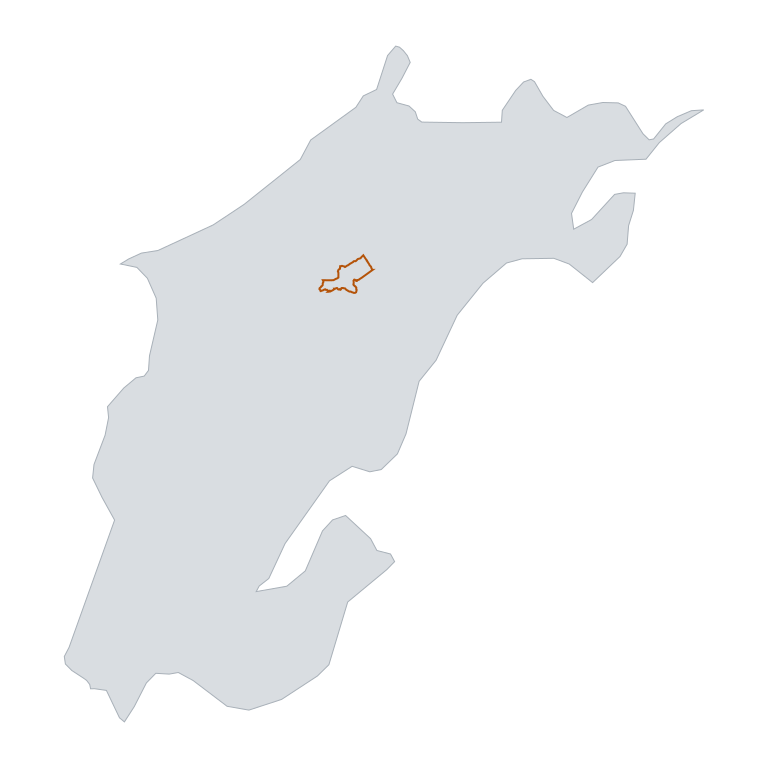 Jimenez, Cartago, Costa Rica (highlighted), rotated 270°
{"feature_id": "36466004B31180817365439", "entity_name": "Jimenez", "entity_type": "district", "adm_level": 2, "iso_a3": "CRI", "parent_name": "Costa Rica", "parent_adm1": "Cartago", "projection": "mercator", "projection_center": [-83.723, 9.819], "detail": "fine", "context": "in_parent", "style": "outline", "palette": "amber", "viewbox_px": 768, "rotation_deg": 270, "n_neighbors": 0, "source": "geoboundaries", "source_scale": "gbopen_adm2", "svg_char_len": 6556}
<svg xmlns="http://www.w3.org/2000/svg" viewBox="0 0 768 768"><g transform="rotate(270 384 384)"><path d="M721.9,395.7L720.8,399.5L717.3,403.4L712.3,407.4L705.6,410.2L689.6,401.9L673.9,392.6L665.3,396.9L662.0,409.0L656.2,415.3L648.9,417.7L645.9,421.8L645.3,462.8L645.8,501.5L657.7,502.3L677.6,515.7L686.0,523.6L688.7,530.9L686.3,534.5L671.7,542.9L657.6,553.6L650.5,566.9L662.9,588.3L665.5,602.9L665.1,618.2L661.7,625.5L634.2,643.0L628.2,649.1L629.0,653.6L644.1,665.7L651.3,677.3L657.3,691.4L658.1,703.7L644.4,681.0L625.4,659.3L608.8,646.0L607.5,614.9L600.9,598.0L576.0,582.4L554.6,571.5L538.8,573.7L548.5,591.6L573.6,614.6L575.2,623.4L574.8,635.2L557.6,633.4L542.4,628.6L523.8,627.1L511.5,620.0L485.4,592.6L504.0,569.2L509.7,553.8L509.2,522.0L505.0,506.5L484.8,483.0L452.8,457.2L407.8,436.1L386.7,419.1L334.1,406.0L314.1,397.4L298.5,381.3L296.2,369.8L301.7,352.1L287.2,329.5L224.5,285.1L189.5,268.8L182.0,259.2L176.4,256.2L181.8,286.8L197.1,305.3L237.1,322.5L248.1,332.6L252.5,345.6L229.3,370.6L217.5,376.9L214.0,390.5L206.4,394.6L198.4,386.8L166.0,347.7L103.3,328.9L92.0,317.4L68.6,281.6L57.9,248.9L61.7,227.1L87.5,193.1L95.5,178.3L93.9,169.2L94.7,155.8L85.1,146.4L61.3,134.2L46.1,124.4L50.2,119.5L77.6,106.4L79.3,94.5L79.2,90.6L83.6,89.7L87.6,86.6L90.0,83.3L97.5,71.8L104.0,65.4L111.5,64.3L120.7,69.1L155.1,81.4L193.4,95.1L247.9,114.6L270.5,102.1L290.0,92.6L303.5,94.0L332.8,105.1L350.4,108.6L361.3,107.5L380.0,123.8L390.2,136.0L391.9,144.2L397.6,148.5L412.2,149.5L448.0,157.8L469.8,156.2L489.7,147.4L500.6,136.9L504.0,120.4L509.0,128.6L514.9,141.4L517.5,157.9L543.1,213.2L563.6,244.1L608.5,300.3L628.0,310.7L660.7,355.9L672.1,363.3L678.5,376.6L712.5,387.6L721.9,395.7Z" fill="#d9dde1" stroke="#a8b0b8" stroke-width="1"/><path d="M480.0,319.7L479.0,319.4L478.9,319.5L478.7,319.6L478.4,319.8L478.0,320.2L477.8,320.3L477.7,320.3L477.2,320.5L476.9,320.6L476.9,320.9L477.0,321.0L477.4,321.8L477.4,322.2L477.6,322.8L477.8,323.3L478.0,323.5L478.2,323.8L478.3,324.0L478.4,324.3L478.5,324.4L478.6,324.9L478.7,325.2L478.6,325.3L478.3,325.4L478.3,325.5L478.2,325.6L478.1,326.1L478.2,326.9L478.1,327.0L477.9,327.3L477.7,327.5L477.4,327.7L477.1,328.2L477.1,328.3L477.2,328.6L477.2,329.1L477.3,329.4L477.3,329.6L477.1,329.6L477.0,329.4L476.8,329.1L476.7,328.8L476.4,328.0L476.2,327.8L476.2,328.2L476.3,328.7L476.3,328.9L476.5,329.5L476.5,330.2L476.6,330.5L476.9,330.9L476.9,331.0L477.0,331.2L477.2,331.6L477.4,332.0L477.6,332.4L477.7,332.6L477.8,332.8L477.9,333.0L478.1,333.2L478.2,333.4L478.6,333.7L478.7,333.9L478.7,334.1L478.8,334.2L478.8,334.3L478.9,334.5L479.0,334.5L479.1,334.4L479.3,334.3L479.3,334.8L479.3,335.1L479.4,335.4L479.6,335.7L479.6,335.9L479.7,336.0L479.8,336.2L479.8,336.4L479.9,336.5L480.0,337.0L479.9,337.2L479.4,337.6L478.9,337.9L478.7,338.0L478.6,338.3L478.5,338.6L478.5,338.8L478.5,339.0L478.7,339.5L478.9,339.7L478.8,340.0L478.3,340.1L478.2,340.3L478.2,340.5L478.3,340.6L478.7,340.9L479.0,341.0L479.4,341.2L479.4,341.3L479.7,341.4L479.8,341.4L479.9,341.5L480.0,341.7L480.0,342.2L480.0,342.6L480.0,343.0L479.9,343.1L479.8,343.3L479.8,343.6L479.7,344.1L479.7,344.7L479.7,344.8L479.5,345.0L479.4,345.3L479.2,345.4L479.1,345.5L478.9,345.6L478.7,345.8L478.5,346.0L478.3,346.2L478.2,346.3L477.9,346.6L477.8,347.1L477.7,347.3L477.6,347.6L477.4,347.8L477.1,348.1L476.9,348.3L476.6,349.2L476.4,349.4L476.4,349.9L476.4,350.0L476.5,350.3L476.5,350.6L476.4,350.9L476.1,351.2L475.9,351.6L475.8,351.9L475.7,352.1L475.7,352.6L475.3,353.3L475.2,353.6L475.1,353.9L475.1,354.2L475.1,354.5L475.1,354.8L475.2,355.2L475.3,355.4L475.4,355.6L475.7,355.9L475.8,356.1L476.1,356.2L476.4,356.3L476.9,356.4L477.3,356.4L478.0,356.7L478.4,356.5L478.5,356.4L478.8,356.3L478.9,356.2L479.0,356.2L479.7,356.3L480.1,356.3L480.4,356.3L480.5,356.2L480.9,355.8L481.2,355.7L481.3,355.5L481.6,355.3L481.7,355.1L481.8,355.1L481.9,354.8L482.0,354.6L482.3,354.3L482.3,354.2L482.2,354.2L482.4,354.2L482.8,354.0L482.8,353.8L483.2,353.5L483.3,353.5L483.6,353.4L484.5,353.6L484.8,353.6L485.1,353.7L485.4,353.7L485.6,353.7L486.0,353.7L486.5,353.6L487.2,353.5L487.3,353.6L487.5,353.7L487.6,353.8L488.0,354.0L488.3,354.1L488.4,354.3L488.3,354.6L488.3,354.8L488.2,355.0L488.0,355.3L487.9,355.4L487.8,355.7L487.8,355.8L487.7,355.8L487.5,356.0L487.4,355.9L487.2,356.0L487.1,356.3L487.0,356.6L487.0,356.8L487.1,357.0L487.5,357.2L487.9,357.1L488.0,357.2L488.0,357.3L488.0,358.1L488.3,358.6L488.5,359.3L488.8,359.5L489.0,359.7L490.3,361.8L491.4,363.3L498.1,372.6L498.1,372.4L498.3,372.3L498.4,372.2L498.7,371.9L499.2,371.8L499.5,371.7L499.8,371.5L500.1,371.3L500.7,371.2L500.9,371.2L501.1,371.1L501.5,370.8L501.6,370.7L501.8,370.6L502.1,370.2L502.7,369.6L502.8,369.6L503.7,369.2L504.2,368.9L504.3,368.8L504.5,368.7L504.8,368.5L505.1,368.2L505.6,368.0L506.2,367.5L506.5,367.5L506.8,367.2L507.0,367.1L507.4,367.0L507.4,366.9L507.5,366.9L507.6,366.7L512.7,363.3L511.9,362.6L511.6,362.1L511.4,361.9L511.1,361.6L510.6,361.2L510.2,360.9L509.9,360.6L509.7,360.5L509.0,357.9L508.6,357.4L508.4,357.2L508.0,356.9L507.7,356.7L507.4,356.2L507.1,356.0L507.0,355.9L506.8,355.6L506.8,355.3L506.8,354.9L506.9,354.6L506.9,354.2L506.7,353.7L506.5,353.4L506.2,353.2L505.9,353.0L504.8,351.0L504.4,350.5L504.4,350.3L504.2,350.0L504.1,349.8L504.1,349.7L503.9,349.5L503.6,349.2L503.4,349.0L503.3,348.9L503.2,348.6L503.1,348.4L502.9,348.2L502.7,348.0L502.6,347.8L502.6,347.7L502.5,347.4L502.4,347.1L502.2,346.8L502.1,346.7L501.9,346.4L501.6,345.9L501.4,345.7L501.1,345.4L501.1,345.2L501.0,344.9L501.4,344.6L501.5,344.4L501.6,344.2L501.7,343.8L501.7,343.3L501.8,343.1L501.9,342.9L502.1,342.3L502.1,342.1L502.1,341.8L502.1,341.7L501.8,341.2L501.7,340.9L501.7,340.6L501.8,340.5L501.9,340.3L501.9,340.2L501.2,340.1L500.5,340.0L500.4,340.1L500.2,340.1L499.8,340.0L499.4,340.0L499.4,339.9L499.1,339.6L498.8,339.2L498.6,338.9L498.4,338.8L498.1,338.5L497.9,338.3L497.7,338.3L497.6,338.2L497.0,338.0L496.8,337.9L496.6,337.9L496.4,337.9L496.3,338.0L496.2,338.0L495.9,338.3L495.7,338.3L495.2,338.4L494.1,338.4L493.7,338.4L492.9,338.4L492.1,338.4L491.7,338.4L490.8,338.4L490.8,338.2L490.6,338.1L490.4,338.0L490.1,337.9L489.9,337.8L489.7,337.4L489.6,337.1L489.3,336.2L489.0,335.8L489.0,335.5L488.8,335.3L488.7,335.1L488.6,334.9L488.3,334.4L488.2,334.2L488.0,333.8L487.8,333.4L487.8,331.9L487.7,331.6L487.8,322.8L486.5,323.4L486.1,323.4L485.5,323.2L485.4,323.1L485.2,322.9L484.9,322.8L484.7,322.7L484.3,322.7L483.8,322.7L483.5,322.7L483.2,322.7L482.7,322.6L481.7,321.6L481.7,321.3L481.5,321.1L481.3,321.0L480.9,320.9L480.7,320.7L480.4,320.3L480.3,320.2L480.1,319.9L480.0,319.7Z" fill="none" stroke="#b45309" stroke-width="2"/></g></svg>